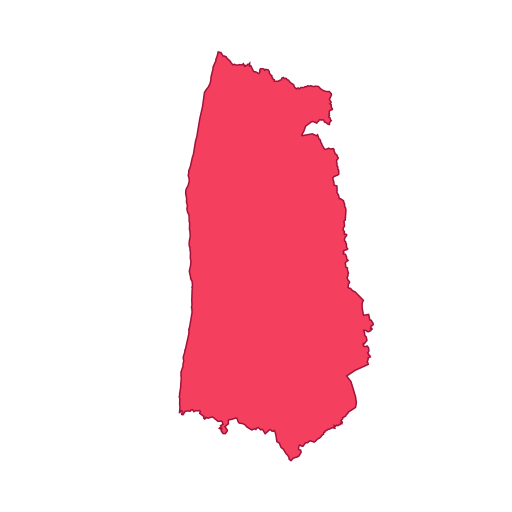 outline of Vangaindrano, Atsimo-Atsinanana, Madagascar, rotated 168°
{"feature_id": "10022922B74242760889111", "entity_name": "Vangaindrano", "entity_type": "district", "adm_level": 2, "iso_a3": "MDG", "parent_name": "Madagascar", "parent_adm1": "Atsimo-Atsinanana", "projection": "mercator", "projection_center": [47.342, -23.586], "detail": "fine", "context": "isolated", "style": "filled", "palette": "rose", "viewbox_px": 512, "rotation_deg": 168, "n_neighbors": 0, "source": "geoboundaries", "source_scale": "gbopen_adm2", "svg_char_len": 6074}
<svg xmlns="http://www.w3.org/2000/svg" viewBox="0 0 512 512"><g transform="rotate(168 256 256)"><path d="M264.3,48.5L261.5,50.5L257.1,50.9L255.6,51.4L252.6,54.7L252.7,56.8L254.5,58.0L254.2,59.7L252.9,61.9L252.3,61.9L250.9,60.5L249.5,60.2L246.4,63.0L244.5,62.6L241.6,64.1L237.8,61.9L236.4,62.4L234.1,64.1L232.0,64.6L230.3,65.5L228.4,67.2L227.1,67.5L226.5,69.1L225.3,69.4L225.1,70.3L223.4,70.6L221.8,71.4L220.0,71.4L217.2,72.2L214.7,71.2L215.0,73.0L214.8,74.0L213.7,72.9L212.3,73.8L211.2,73.0L210.3,73.5L209.1,73.5L208.5,73.9L208.1,74.9L206.9,74.0L206.1,75.4L207.2,77.2L205.0,78.8L204.9,79.8L201.7,80.7L200.9,81.7L198.5,83.4L198.3,84.0L190.1,87.2L188.3,91.7L187.9,97.4L189.2,113.3L192.3,119.8L182.7,123.6L168.8,126.6L168.7,128.1L169.3,129.2L167.9,131.4L167.6,132.9L165.1,133.6L165.6,135.3L166.5,135.9L166.3,136.7L166.9,138.0L165.7,139.0L165.2,139.9L165.0,143.0L166.1,144.9L167.7,144.6L169.3,145.2L169.6,147.2L169.4,147.8L169.1,148.1L168.4,147.6L165.0,150.4L165.0,154.0L166.2,155.7L165.8,157.5L166.1,160.9L163.5,160.1L163.1,159.1L162.6,158.8L161.3,158.5L159.7,159.0L157.6,160.4L157.9,161.2L159.0,161.4L157.7,163.8L156.5,163.8L155.5,164.8L155.6,166.3L156.6,168.9L156.9,169.4L157.9,169.6L158.0,175.5L162.8,175.6L163.2,176.1L162.9,183.6L162.3,186.5L161.6,188.4L160.2,190.3L166.6,200.4L168.8,202.0L170.4,204.8L171.7,205.1L172.5,206.4L171.9,207.4L171.5,209.4L170.2,210.3L169.9,211.1L170.2,212.1L171.1,213.3L171.4,216.1L170.1,217.5L169.9,219.1L169.1,219.9L169.5,223.7L169.0,225.3L170.6,226.6L170.2,228.4L170.2,230.4L169.3,231.5L166.8,232.5L167.9,234.4L167.6,236.1L168.2,239.1L170.0,239.7L170.2,240.4L169.3,241.2L169.5,242.4L169.1,243.0L165.8,243.3L164.8,243.9L165.6,245.7L165.1,249.2L165.5,250.0L165.4,251.5L166.1,252.3L166.2,253.4L165.1,255.6L163.1,257.2L162.9,258.1L163.6,258.7L165.0,258.9L165.1,259.9L164.4,261.2L165.4,263.9L164.8,265.2L163.2,266.8L162.7,271.8L161.2,272.6L158.4,282.5L158.5,284.6L159.0,286.6L158.5,288.5L158.9,289.8L158.9,291.9L161.4,294.4L162.5,294.7L162.6,295.3L162.6,298.1L163.7,301.7L163.1,302.9L162.3,307.7L164.8,309.0L164.5,312.2L164.8,316.3L163.1,317.5L159.3,318.2L158.3,318.6L157.9,319.3L157.3,322.8L157.8,323.8L157.5,326.6L158.2,327.4L157.5,329.7L157.7,331.1L157.1,333.0L155.5,334.2L155.2,335.1L155.8,336.3L155.8,337.7L156.4,338.8L157.3,339.2L157.4,341.0L157.9,342.4L157.5,343.6L158.0,345.0L161.2,345.2L162.5,346.4L164.9,345.8L166.7,346.1L168.2,350.4L168.5,352.7L169.0,353.5L168.9,355.5L169.3,356.8L170.0,357.4L170.6,361.8L172.1,361.1L175.5,363.8L186.0,364.1L186.1,364.7L182.7,368.9L180.5,372.7L173.9,375.7L172.2,375.7L168.9,373.3L168.5,374.2L166.7,374.8L165.9,375.9L165.0,376.1L164.1,375.4L161.8,375.2L161.4,374.4L161.2,372.8L159.8,372.1L158.7,370.4L157.1,369.3L156.8,369.4L156.3,371.3L154.2,372.8L154.8,373.8L154.9,375.7L155.9,376.8L155.7,377.5L154.9,378.0L155.2,379.3L154.6,380.1L154.6,381.8L153.1,383.2L151.4,383.2L150.7,383.6L150.9,384.7L151.4,385.6L151.0,388.3L152.1,389.6L150.9,390.2L150.5,390.9L151.7,393.7L148.7,397.9L148.6,399.2L150.3,401.8L150.6,401.6L153.6,402.5L156.0,404.0L158.0,406.1L159.6,408.7L160.3,409.1L162.8,409.8L164.6,409.7L167.0,411.2L168.5,411.0L170.1,411.8L171.1,411.1L172.9,411.4L174.2,410.8L176.9,411.5L178.9,410.5L179.7,411.6L180.6,411.6L181.7,411.0L183.2,413.1L183.6,415.8L186.1,418.2L187.9,421.5L188.8,421.9L189.5,423.4L190.1,423.7L191.3,423.6L192.2,425.0L193.6,424.7L194.8,423.0L196.6,422.9L197.7,422.3L201.8,423.1L201.9,423.6L201.5,424.6L202.5,425.3L202.8,426.9L203.3,427.6L203.0,429.1L203.8,429.8L204.9,432.1L204.6,433.3L205.4,435.6L207.5,436.5L208.8,435.8L209.4,437.3L212.4,438.3L213.3,437.7L214.0,436.3L213.7,435.5L215.0,434.1L215.8,433.9L216.8,435.3L218.4,436.4L219.4,436.6L220.1,437.4L221.5,443.1L222.8,443.1L222.1,445.9L223.5,444.9L224.3,445.2L224.8,444.5L226.3,444.4L227.2,443.7L227.8,444.0L227.6,445.2L228.3,445.5L228.4,446.7L229.8,446.0L231.8,446.2L232.2,446.6L235.1,446.6L237.2,448.0L238.8,447.7L240.5,450.7L240.5,451.6L243.5,455.9L243.8,457.2L244.9,457.6L245.3,458.2L246.6,458.4L248.0,462.3L248.8,462.2L249.2,462.9L250.6,463.5L252.5,459.4L254.3,456.8L254.7,455.2L258.6,450.0L259.4,447.4L262.8,440.5L263.5,437.8L265.1,434.3L267.5,431.2L270.8,428.5L271.2,427.6L272.3,427.0L277.3,413.1L282.4,402.1L289.1,385.0L291.2,381.1L296.2,368.2L297.5,366.2L301.7,357.0L304.2,353.2L304.4,351.7L305.6,348.8L305.3,345.9L305.8,342.9L307.9,338.8L309.9,336.6L311.0,334.8L311.8,331.8L311.9,326.7L312.8,323.2L312.6,319.6L313.8,316.6L313.8,313.0L313.0,309.9L314.2,303.6L314.0,302.2L315.6,295.8L315.4,294.5L316.2,289.0L318.0,284.9L319.0,281.4L319.2,279.0L318.8,278.3L319.4,275.1L319.3,273.6L320.6,268.0L320.8,266.1L320.6,264.7L322.1,260.0L324.4,255.1L324.4,248.5L324.7,247.3L324.2,247.0L324.3,245.8L323.8,245.1L324.0,242.1L324.4,240.0L325.2,238.6L324.8,238.0L325.4,236.7L328.0,226.2L328.8,221.4L329.9,218.8L329.5,217.9L329.8,217.4L330.2,214.3L335.6,200.6L337.1,197.9L337.2,196.3L337.9,193.8L344.2,180.0L345.4,178.2L345.3,177.5L348.0,172.6L348.5,170.8L348.4,168.6L349.8,165.6L350.3,163.4L353.7,157.7L353.6,157.1L354.3,154.6L354.4,152.5L357.2,142.7L359.5,136.8L359.7,135.4L360.4,134.3L360.2,132.3L361.5,127.1L361.8,124.0L363.4,118.8L362.8,118.8L361.8,120.1L361.0,120.2L360.3,118.8L361.7,116.9L361.6,116.4L360.4,115.9L357.7,118.6L355.9,118.8L352.4,117.9L352.0,118.6L350.4,119.0L350.0,118.8L349.1,116.6L346.9,117.3L345.7,116.7L343.2,116.5L342.8,115.5L343.9,113.9L340.9,110.5L340.6,109.2L340.8,108.1L340.2,107.2L339.1,107.5L338.8,108.6L338.5,108.6L336.6,107.3L332.5,107.7L331.3,106.9L327.5,102.1L324.7,101.8L323.6,101.1L323.2,98.3L326.0,97.4L325.7,96.1L326.5,95.2L327.4,95.5L327.8,95.1L326.1,93.7L325.7,93.9L326.4,92.2L325.2,89.2L322.9,88.6L320.6,90.7L320.2,91.6L321.8,95.6L317.9,97.6L317.1,101.3L313.3,101.3L309.2,101.8L308.2,100.3L308.0,97.8L307.2,96.1L303.9,94.8L301.9,93.3L300.5,90.7L296.3,86.7L293.0,87.3L292.2,86.3L291.1,87.4L289.3,87.7L287.6,85.0L286.0,85.1L285.5,84.6L284.0,80.2L278.7,83.3L278.1,83.1L276.7,81.3L275.6,81.0L274.4,81.5L273.9,80.0L273.8,76.0L274.2,70.1L272.0,67.9L271.5,64.2L270.9,63.0L269.3,61.2L267.8,56.6L266.5,54.6L265.6,52.2L265.9,50.5L264.3,48.5Z" fill="#f43f5e" stroke="#9f1239" stroke-width="1.5"/></g></svg>